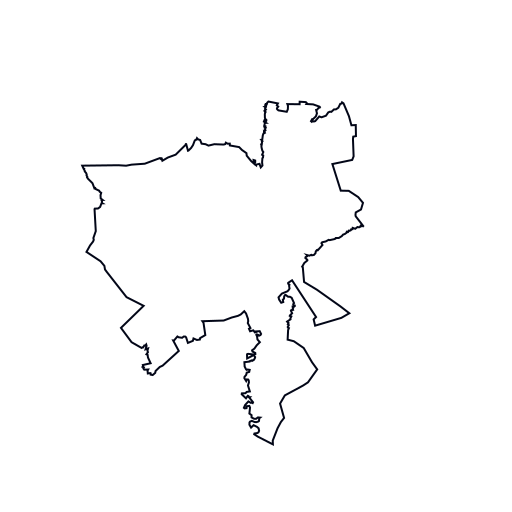 outline of Ayala, Morelos, Mexico, rotated 328°
{"feature_id": "50627088B86852114099424", "entity_name": "Ayala", "entity_type": "district", "adm_level": 2, "iso_a3": "MEX", "parent_name": "Mexico", "parent_adm1": "Morelos", "projection": "orthographic", "projection_center": [-98.965, 18.698], "detail": "fine", "context": "isolated", "style": "outline", "palette": "ink", "viewbox_px": 512, "rotation_deg": 328, "n_neighbors": 0, "source": "geoboundaries", "source_scale": "gbopen_adm2", "svg_char_len": 6155}
<svg xmlns="http://www.w3.org/2000/svg" viewBox="0 0 512 512"><g transform="rotate(328 256 256)"><path d="M348.4,131.6L346.8,131.9L345.8,132.8L345.1,132.4L345.0,133.0L343.7,132.9L343.5,133.7L344.1,134.1L343.2,135.0L342.5,134.5L342.7,135.3L341.6,136.0L341.9,137.1L340.6,137.3L340.5,138.3L340.0,138.0L339.9,139.2L338.7,140.3L336.8,143.5L336.5,144.6L336.9,146.1L336.4,146.8L335.5,147.2L334.9,145.5L333.9,146.2L335.0,148.4L334.0,147.9L332.0,150.0L333.3,151.6L331.6,150.7L331.4,151.4L330.8,151.2L332.1,152.4L330.5,153.7L330.6,154.4L329.8,154.6L329.3,154.2L329.0,155.4L328.5,155.1L328.2,155.6L328.4,156.2L327.2,156.1L325.7,157.3L322.9,160.7L322.1,160.3L322.3,162.0L321.6,162.1L321.0,163.4L319.6,164.0L319.8,164.8L319.0,165.3L318.1,167.2L317.2,170.0L317.3,171.7L314.8,173.4L315.4,174.6L314.1,176.2L313.2,176.5L310.8,179.8L309.4,182.7L307.0,183.4L307.8,179.7L304.3,178.5L304.1,178.9L303.4,177.0L305.1,176.0L305.9,174.6L304.8,173.3L303.2,176.4L302.2,173.0L301.3,166.0L302.4,163.7L300.3,158.7L299.4,154.7L292.4,148.4L293.3,146.8L291.4,145.7L290.5,143.9L289.2,144.8L287.7,144.4L279.9,139.1L274.2,137.2L272.5,134.5L269.4,131.9L270.1,128.0L268.7,126.4L268.4,124.8L267.1,125.8L266.2,125.4L265.0,125.8L261.3,128.6L258.2,130.0L254.6,130.8L254.1,130.7L256.3,123.4L255.3,124.4L241.6,127.5L233.5,125.8L227.1,125.6L227.8,123.2L227.4,122.8L226.7,123.3L226.2,122.0L210.6,118.8L198.9,112.6L193.7,110.6L187.4,106.1L156.5,87.3L156.1,90.2L156.5,90.9L156.0,91.2L156.0,92.8L155.6,93.5L155.9,95.6L155.6,97.2L155.0,97.8L154.9,99.5L154.4,99.8L154.5,101.6L155.9,107.6L154.8,113.1L155.7,113.2L155.6,114.4L157.6,117.5L157.5,118.7L158.2,120.4L156.4,122.0L154.8,124.9L155.6,127.1L155.0,126.7L154.4,127.1L154.4,128.0L153.4,129.4L153.7,130.0L152.8,129.5L149.8,131.8L147.2,132.0L144.4,130.4L143.9,130.7L133.3,150.0L127.6,154.6L127.0,156.3L125.5,157.4L120.9,159.1L114.4,162.7L121.4,178.1L122.2,184.0L120.8,187.4L121.0,190.2L124.4,222.3L134.3,238.7L103.4,245.4L104.8,263.2L110.3,273.4L111.3,273.3L111.8,273.7L113.9,272.7L114.5,273.3L116.0,272.8L115.6,274.2L112.9,276.6L115.5,277.2L113.8,278.7L113.4,280.3L111.0,281.3L111.7,282.4L110.6,284.8L109.8,291.1L102.3,288.5L102.1,289.3L101.0,289.9L101.9,291.1L100.9,291.7L100.9,292.4L101.0,293.2L104.4,295.1L103.3,295.7L102.0,298.3L104.2,299.2L104.5,299.6L103.8,300.8L105.3,302.2L108.6,301.7L109.9,300.3L115.6,299.1L118.7,299.5L140.2,295.6L141.0,283.7L141.7,284.2L146.7,282.6L147.3,283.9L150.0,286.2L152.0,286.0L153.4,286.9L153.6,288.0L152.2,293.6L157.5,294.5L159.3,292.8L161.4,295.9L164.1,297.1L165.1,296.0L171.1,296.2L176.1,284.8L176.0,282.9L194.4,293.6L202.8,295.3L209.0,297.2L212.1,297.5L216.8,296.6L217.1,299.5L215.9,305.0L214.9,307.1L213.5,308.5L213.1,314.1L211.5,314.0L211.1,316.7L214.3,317.6L214.6,320.3L216.1,320.6L216.1,320.0L219.3,321.7L219.0,324.8L217.9,325.4L216.3,325.2L215.5,324.3L215.9,323.9L215.2,322.9L214.5,323.0L214.3,324.7L213.0,327.6L213.6,331.1L209.3,332.1L205.5,333.7L202.7,333.9L202.4,335.2L204.0,337.8L203.5,338.8L201.9,338.4L197.6,334.9L196.7,334.5L196.1,334.9L194.2,338.2L201.6,338.8L201.7,341.3L200.7,342.2L199.0,343.0L197.2,342.9L197.2,342.3L194.8,341.8L194.6,342.1L189.9,339.9L187.8,343.7L187.5,346.9L187.8,347.7L188.7,347.8L190.3,349.2L188.8,350.7L186.3,350.0L184.7,351.6L182.2,352.4L181.4,353.4L181.4,356.8L182.8,355.8L183.9,356.6L183.9,357.6L183.0,359.5L180.6,361.5L179.0,367.6L176.0,366.3L174.4,366.8L171.2,365.0L170.6,365.7L172.1,371.4L175.0,370.2L175.4,370.9L175.2,371.9L176.0,372.5L175.3,372.6L176.0,378.5L175.2,379.0L174.5,377.9L173.8,377.8L172.5,375.3L167.8,376.6L165.3,378.3L165.6,379.2L167.3,380.0L168.5,378.5L170.9,379.6L170.6,381.4L166.9,386.1L167.9,388.6L166.7,390.5L168.1,393.0L169.8,394.1L172.1,393.9L173.8,395.2L172.8,395.3L171.1,397.5L170.2,397.6L168.3,397.1L166.8,396.0L165.1,393.6L163.1,393.3L162.3,393.7L161.0,395.6L160.9,398.9L164.3,398.2L166.3,401.4L166.9,403.5L166.0,405.9L164.7,406.8L163.5,406.9L160.6,405.7L160.0,406.2L161.9,410.3L170.5,424.7L172.4,421.4L183.0,413.5L189.1,410.0L194.0,408.2L198.2,393.9L206.6,389.5L227.3,390.8L233.1,390.7L247.8,384.6L247.2,375.8L247.7,359.3L242.9,348.3L238.5,343.7L244.0,335.8L245.7,334.6L245.1,333.5L245.7,332.6L247.0,332.2L247.4,331.2L247.0,330.7L248.2,330.0L248.7,330.5L247.8,329.5L247.6,328.1L251.7,328.0L252.1,327.1L253.9,326.0L252.9,324.7L253.2,324.4L256.3,323.7L256.6,320.9L257.2,320.6L258.9,321.3L259.2,320.2L261.0,319.2L260.1,318.6L260.3,318.2L262.3,319.0L262.6,318.6L261.8,317.9L262.0,316.6L263.3,316.1L264.1,310.3L263.2,308.6L261.6,307.5L260.5,304.7L260.0,304.5L258.6,305.1L257.1,307.0L255.6,307.3L254.7,309.5L252.6,309.0L252.5,305.2L253.2,303.0L258.0,301.6L264.0,302.6L265.5,302.2L267.2,301.4L268.3,298.7L269.1,298.2L268.6,296.5L269.1,295.8L273.7,295.7L274.6,339.6L271.3,340.3L269.2,346.4L295.6,353.7L304.8,354.0L300.9,343.5L289.8,316.9L283.0,303.5L289.8,290.2L289.5,289.5L293.3,287.5L297.2,287.0L297.5,286.4L296.8,283.8L297.5,283.2L299.3,283.3L299.9,283.0L299.7,282.2L301.4,284.0L303.5,284.3L303.7,285.0L305.7,285.8L308.0,285.1L309.1,283.8L310.8,283.2L311.7,283.4L311.7,283.8L318.2,281.9L318.3,279.8L319.4,279.4L322.8,280.6L326.2,280.8L326.9,281.6L331.4,283.2L332.6,283.4L333.1,283.0L335.8,284.6L339.3,284.6L341.2,284.0L342.9,284.4L345.9,284.2L345.4,283.9L345.9,283.5L346.8,284.4L348.1,283.6L349.1,284.3L350.1,284.4L350.8,283.8L352.0,284.4L352.9,283.4L354.6,285.5L357.4,285.2L358.6,286.3L360.5,286.5L360.7,285.8L361.4,285.6L362.9,288.2L361.6,275.2L362.1,273.9L363.7,271.9L369.7,272.2L374.9,267.6L373.9,260.2L369.2,249.9L362.5,245.5L369.5,218.5L388.5,225.5L391.6,223.2L400.2,208.2L401.7,206.3L404.3,207.3L410.0,197.8L406.2,195.7L408.9,186.7L411.1,172.9L410.4,171.3L409.4,172.1L408.1,171.6L404.4,173.9L401.5,174.0L399.8,173.0L396.3,173.7L395.2,172.8L393.4,172.5L389.7,174.1L385.1,173.1L383.6,171.2L377.7,173.0L376.3,172.6L375.6,171.6L374.4,171.8L374.1,170.8L376.2,169.7L376.7,170.2L380.8,169.3L383.3,167.3L384.4,164.0L385.4,164.3L388.0,163.4L388.6,163.9L389.1,163.7L389.0,163.0L384.8,157.7L379.3,153.8L380.1,153.4L379.8,151.9L374.8,148.3L373.4,150.4L363.1,143.8L362.7,145.6L360.8,148.4L358.5,150.0L352.2,144.4L351.8,143.2L351.7,142.3L352.2,141.7L354.0,141.1L353.5,139.2L355.4,138.2L348.4,131.6Z" fill="none" stroke="#020617" stroke-width="2"/></g></svg>